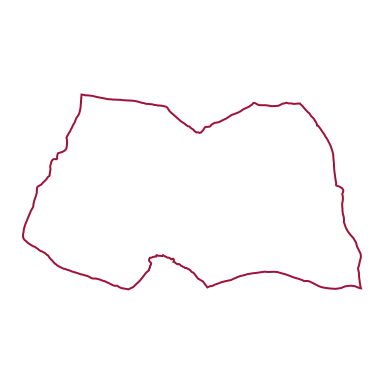 Mogolo, Gash Barka, Eritrea (Mercator projection)
{"feature_id": "51966322B23811751067849", "entity_name": "Mogolo", "entity_type": "district", "adm_level": 2, "iso_a3": "ERI", "parent_name": "Eritrea", "parent_adm1": "Gash Barka", "projection": "mercator", "projection_center": [37.74, 15.325], "detail": "fine", "context": "isolated", "style": "outline", "palette": "rose", "viewbox_px": 384, "rotation_deg": 0, "n_neighbors": 0, "source": "geoboundaries", "source_scale": "gbopen_adm2", "svg_char_len": 5965}
<svg xmlns="http://www.w3.org/2000/svg" viewBox="0 0 384 384"><path d="M253.1,103.2L252.8,103.7L252.0,104.6L248.4,107.0L243.6,109.1L240.5,111.3L238.2,112.5L233.9,114.2L231.9,114.8L226.1,118.6L223.3,119.9L219.0,122.1L218.3,122.3L215.0,122.8L214.4,123.0L211.7,124.5L210.2,126.3L209.9,126.5L208.7,126.8L205.9,126.9L205.2,127.1L204.8,127.5L203.5,129.7L202.7,130.7L200.8,132.6L199.8,132.9L199.2,132.8L198.5,132.4L197.0,132.3L196.5,132.5L195.9,132.1L194.1,130.7L193.8,130.1L192.6,129.1L191.0,128.2L189.9,127.0L189.4,126.6L188.7,126.3L187.9,126.2L185.7,124.7L185.1,124.0L180.9,121.3L179.1,119.7L174.8,115.8L173.6,114.9L173.3,114.5L170.5,112.1L169.4,110.9L167.8,108.4L167.2,107.6L166.5,107.1L165.4,106.5L163.6,106.1L162.0,105.9L161.3,105.6L160.0,105.6L159.0,105.4L158.5,105.6L156.1,105.1L153.7,104.8L152.8,104.4L149.1,104.0L146.7,103.9L145.6,103.7L144.6,103.3L141.9,102.8L137.0,101.4L135.9,101.2L132.7,100.7L125.2,100.3L123.1,100.2L120.4,99.8L119.3,99.8L114.8,99.6L112.3,99.6L111.3,99.3L108.0,99.2L103.3,98.2L97.3,97.1L92.5,95.9L87.2,95.3L85.3,95.3L84.1,94.9L81.5,94.6L81.5,95.7L81.3,96.9L81.2,98.9L81.0,101.2L81.0,102.4L80.9,103.5L80.7,105.3L80.5,108.1L80.1,109.7L79.5,112.6L78.9,114.2L78.1,115.6L76.2,118.2L75.3,120.8L74.7,122.4L72.7,125.7L72.4,126.6L71.7,128.1L70.9,129.4L70.0,131.5L68.8,133.3L66.6,137.2L66.5,137.9L66.8,138.6L67.0,140.8L67.1,142.4L67.0,144.0L66.9,144.7L66.8,146.0L66.5,147.9L66.1,149.0L65.8,149.4L64.8,150.5L63.6,151.2L62.2,152.0L61.0,152.4L59.5,152.7L58.1,153.2L57.7,153.8L57.3,155.6L57.1,156.5L57.1,158.7L56.9,158.9L56.6,159.2L54.3,159.1L53.6,159.2L53.1,159.4L52.7,159.7L51.9,160.7L51.2,162.3L50.2,166.3L50.2,167.1L50.4,168.3L50.4,169.8L50.0,172.4L49.6,174.3L49.7,174.9L49.6,175.5L49.2,176.1L47.9,177.0L47.1,178.1L46.7,178.9L45.7,180.0L45.1,180.5L44.4,181.3L43.3,182.2L41.8,184.0L40.9,184.8L38.5,186.1L37.8,186.5L37.2,187.3L36.8,191.5L36.9,192.2L36.8,192.7L35.9,196.0L34.2,200.8L34.0,201.9L33.5,203.8L33.3,205.9L33.2,206.8L32.8,207.6L31.6,209.6L30.9,210.9L27.9,218.0L25.4,224.1L23.9,229.0L23.5,232.4L23.1,234.1L23.1,234.7L23.0,236.3L23.2,237.5L23.9,239.1L24.6,240.0L25.8,240.9L27.0,242.1L28.4,243.3L29.4,243.9L30.0,244.4L32.9,246.1L35.0,246.9L37.9,249.0L38.7,249.7L40.7,251.1L42.1,251.4L43.1,252.1L44.2,252.6L44.8,252.9L46.5,254.5L47.4,255.2L47.7,255.2L48.2,255.7L48.6,256.2L48.9,256.9L50.6,259.0L52.4,260.7L53.1,261.7L54.9,263.6L55.6,264.0L56.7,265.0L58.4,266.1L59.4,266.6L60.6,267.3L63.6,268.7L64.1,268.8L65.3,269.0L66.8,269.6L69.4,270.4L72.0,271.5L76.5,272.8L80.9,274.3L82.9,274.7L85.0,275.4L87.2,275.9L89.6,277.0L91.1,278.0L92.3,278.4L93.0,278.5L94.6,278.5L96.8,278.7L98.4,279.2L100.1,279.6L102.1,280.5L104.4,281.1L108.6,283.0L112.2,284.9L113.2,285.4L114.1,285.6L115.0,285.8L117.1,285.7L117.6,286.0L118.8,286.9L121.2,288.0L122.0,288.2L124.8,288.7L126.9,289.0L128.3,289.4L133.1,287.1L139.9,280.7L146.3,272.5L148.9,270.3L148.9,269.5L150.0,267.4L149.9,266.1L150.7,265.1L151.2,263.8L150.9,262.8L149.7,261.7L149.1,260.7L149.0,259.5L149.6,258.6L149.9,257.8L150.4,257.8L151.5,257.6L152.8,257.0L155.4,256.5L155.8,256.6L156.3,256.5L156.3,255.5L156.8,255.2L158.6,255.8L160.2,255.8L161.5,256.0L162.4,256.0L162.9,255.2L163.3,255.3L164.8,256.3L165.4,256.5L167.6,257.7L168.4,257.6L169.4,257.9L170.5,258.6L171.1,259.3L171.9,259.2L172.6,258.8L173.2,258.7L173.7,259.2L173.9,261.3L173.5,261.8L175.0,262.4L175.5,263.0L176.7,263.8L177.9,264.3L178.1,264.1L178.6,264.0L180.2,264.7L180.9,265.7L182.3,266.3L183.2,266.9L184.1,267.2L184.9,267.9L185.7,268.1L186.4,268.0L189.1,269.4L189.9,270.0L190.6,270.6L191.1,271.4L192.0,272.1L193.2,272.6L194.3,273.7L197.9,278.5L203.0,281.5L207.4,287.4L209.0,286.6L209.9,286.3L211.4,286.1L212.8,285.7L213.6,285.4L214.3,284.9L214.9,284.6L216.4,284.1L219.6,283.0L220.8,282.4L222.7,281.9L226.2,281.0L230.8,280.1L233.7,278.7L235.1,278.2L237.1,277.2L239.9,276.2L245.6,274.8L247.0,274.2L252.7,273.3L257.9,272.7L261.4,272.1L262.8,272.0L263.7,271.8L265.0,271.7L268.0,272.0L274.0,271.8L277.2,272.0L281.3,273.2L284.4,274.0L287.2,274.9L293.7,277.4L296.3,278.2L297.6,278.5L302.1,280.0L303.7,280.9L304.6,281.1L307.1,280.9L309.2,281.3L310.8,282.0L313.9,283.6L315.4,284.3L317.7,285.6L319.6,286.5L322.6,287.4L324.7,287.8L330.2,288.5L334.5,288.8L335.9,288.8L340.7,288.1L341.7,287.8L343.5,287.0L345.1,286.4L348.1,285.9L351.6,285.7L354.9,286.2L358.2,287.6L360.2,288.2L361.0,288.3L360.6,287.3L360.3,286.0L360.2,284.6L359.7,281.9L359.6,280.5L359.2,278.2L359.2,277.5L359.0,276.6L358.9,272.6L358.6,271.1L358.3,270.2L358.0,268.4L358.1,267.8L358.6,266.7L359.0,265.5L359.6,262.3L360.4,259.1L360.8,257.9L360.9,256.8L360.7,254.3L360.3,253.1L357.4,247.3L356.8,245.7L356.2,243.2L355.9,242.4L353.4,238.1L350.5,234.9L348.7,232.6L347.3,230.5L345.8,227.6L345.0,225.3L344.6,224.0L344.0,222.5L343.9,221.8L344.0,219.9L343.9,218.4L343.8,217.4L343.4,215.5L342.9,214.1L342.5,210.7L342.4,207.9L342.2,206.2L342.2,203.4L342.6,201.5L342.9,199.4L342.9,197.4L342.6,195.4L342.3,194.3L342.3,193.8L343.0,192.3L343.2,191.4L343.3,190.2L342.2,188.3L340.0,186.9L339.3,186.6L337.7,186.1L336.3,185.5L336.0,184.8L336.1,184.3L336.2,183.1L335.6,180.1L334.4,171.4L334.0,165.7L333.9,162.4L333.6,160.7L333.2,154.8L332.5,151.6L331.6,148.6L330.5,145.7L329.0,142.5L328.6,142.0L328.2,140.9L326.8,138.5L325.5,136.7L324.7,135.1L324.1,134.1L322.6,132.0L322.0,131.2L320.4,128.7L318.2,125.9L318.0,125.7L317.4,125.7L317.0,125.5L317.0,124.5L315.8,121.8L314.5,120.0L314.4,119.7L313.7,118.6L312.2,117.0L311.4,116.5L309.6,113.7L309.2,113.2L307.9,112.2L306.1,110.3L303.5,107.3L302.3,105.8L301.0,104.7L300.3,104.0L300.1,103.6L299.5,103.5L296.4,103.7L294.8,103.9L293.7,103.9L293.1,103.9L292.6,103.6L291.1,103.4L289.9,103.4L288.3,103.4L287.7,103.1L286.8,102.8L286.3,102.8L285.7,102.9L284.6,103.4L283.3,103.5L282.2,103.9L279.0,105.5L277.9,105.8L275.1,106.1L273.6,106.0L272.6,106.2L271.7,106.1L271.0,106.2L270.0,105.9L268.7,105.6L265.3,105.2L260.3,105.2L259.1,105.1L258.0,104.8L257.5,104.4L256.8,104.1L255.6,103.4L254.7,103.0L253.8,102.9L253.2,103.1L253.1,103.2Z" fill="none" stroke="#9f1239" stroke-width="2"/></svg>